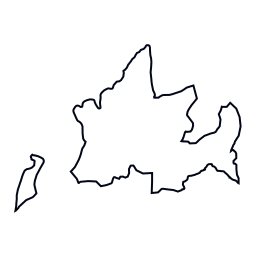 Al Qafr, Ibb, Yemen (Natural Earth projection)
{"feature_id": "15242507B91699093168039", "entity_name": "Al Qafr", "entity_type": "district", "adm_level": 2, "iso_a3": "YEM", "parent_name": "Yemen", "parent_adm1": "Ibb", "projection": "natural_earth1", "projection_center": [44.079, 14.308], "detail": "fine", "context": "isolated", "style": "outline", "palette": "ink", "viewbox_px": 256, "rotation_deg": 0, "n_neighbors": 0, "source": "geoboundaries", "source_scale": "gbopen_adm2", "svg_char_len": 5726}
<svg xmlns="http://www.w3.org/2000/svg" viewBox="0 0 256 256"><path d="M193.4,85.5L189.8,86.6L186.7,87.6L183.8,89.6L181.3,91.2L178.9,92.0L172.3,94.2L169.5,94.9L164.1,95.0L162.4,95.2L159.7,96.7L158.4,97.7L155.1,97.7L154.2,97.6L154.1,96.8L154.8,95.8L154.9,94.8L154.7,94.2L154.6,93.5L153.1,90.3L151.8,83.9L151.4,80.1L151.4,79.6L150.6,72.3L151.1,67.2L151.4,62.2L151.1,58.3L150.8,57.1L150.5,55.9L150.3,54.6L150.1,51.9L150.0,49.7L149.9,47.3L149.4,45.8L149.0,45.5L148.1,45.2L146.8,45.2L145.9,46.0L145.3,47.2L144.1,48.5L143.6,49.0L141.7,49.6L141.0,49.8L139.1,52.1L136.9,53.0L136.1,54.3L135.4,55.4L135.1,56.1L134.7,56.9L134.1,57.6L133.0,58.5L132.3,59.1L131.1,61.0L128.9,63.9L128.3,64.5L127.7,65.8L127.3,66.8L126.6,68.0L125.0,69.8L123.8,70.6L123.4,70.9L123.8,73.1L123.4,75.8L123.3,76.7L121.1,80.1L119.3,81.3L116.6,81.7L116.4,82.0L115.3,83.3L113.8,84.9L112.8,88.0L112.3,88.6L111.3,88.8L110.0,88.7L108.8,88.4L108.4,88.4L107.3,88.7L105.5,89.6L104.0,90.5L102.6,91.8L102.0,92.4L101.4,93.2L100.9,93.8L100.6,94.7L100.5,95.8L100.6,96.7L100.6,98.1L100.0,102.4L100.2,105.0L100.5,107.4L100.4,107.9L100.1,108.2L99.6,108.4L99.4,108.5L98.7,108.4L98.3,108.2L97.8,107.7L95.7,104.3L94.8,102.2L94.4,100.7L94.1,100.1L93.2,99.7L92.2,99.5L90.1,99.4L89.9,99.4L89.5,99.5L87.3,100.1L87.0,100.2L85.1,101.0L84.2,101.5L83.4,102.3L83.0,102.8L82.8,103.3L82.6,103.9L82.3,106.4L82.0,106.8L81.5,106.9L80.8,107.0L80.3,106.8L79.6,106.3L78.9,105.9L78.2,105.7L77.0,105.6L76.3,105.9L75.7,106.3L75.3,106.8L73.8,109.0L73.4,110.1L73.4,110.8L73.5,111.8L74.2,113.5L76.2,118.0L77.3,120.3L77.9,121.0L78.9,121.5L79.8,122.1L80.7,122.9L81.2,123.5L81.9,124.8L82.3,125.9L82.5,126.9L82.6,133.5L83.2,138.7L84.2,140.4L85.6,141.8L84.3,145.5L82.2,148.8L80.7,154.6L79.6,157.7L78.8,159.7L77.1,163.0L74.8,167.2L70.8,171.6L72.5,173.6L73.5,174.8L76.8,178.8L77.4,180.2L78.2,182.4L78.5,182.9L78.8,183.0L79.0,182.9L79.3,182.5L80.4,181.8L88.2,181.1L92.7,181.3L96.2,181.5L100.9,186.2L106.4,185.1L111.1,183.4L111.9,182.7L112.5,180.5L112.8,179.6L113.0,178.9L113.8,177.3L114.9,177.2L116.3,177.9L119.2,178.8L120.4,176.7L122.9,176.6L125.3,177.6L127.7,176.6L129.1,173.2L129.0,169.0L130.6,165.7L133.3,165.5L133.8,166.0L135.8,169.3L136.4,170.3L137.7,170.9L143.0,173.5L152.1,173.0L152.1,173.8L152.1,181.5L151.7,193.0L158.0,192.4L161.7,188.9L163.3,188.8L167.6,189.4L173.2,190.0L177.3,191.3L177.6,191.5L178.0,191.5L181.2,190.3L181.7,190.1L182.0,189.5L182.3,189.3L182.8,189.2L183.4,189.2L183.9,189.1L184.1,188.7L184.4,188.4L184.3,187.9L184.2,187.3L183.9,186.8L183.7,186.2L183.4,185.7L183.1,185.1L182.9,184.6L182.9,184.0L183.0,183.4L183.3,181.8L184.8,181.5L185.0,181.3L185.5,180.9L186.0,180.6L186.5,180.3L186.9,179.9L187.2,179.5L187.5,179.0L187.6,178.4L187.8,177.8L187.8,177.2L188.0,176.6L188.4,176.2L188.9,176.0L189.4,175.9L190.0,175.8L190.5,175.8L191.0,175.8L191.5,175.7L192.2,175.5L192.7,175.4L193.2,175.2L193.8,175.1L194.3,175.0L194.9,174.8L195.4,174.5L195.9,174.3L196.4,174.1L196.9,174.0L197.3,173.8L197.8,173.6L198.4,173.4L198.9,173.1L199.4,172.9L199.5,172.9L201.0,171.1L201.4,170.8L202.1,170.7L203.0,170.5L203.4,170.1L203.8,169.7L204.4,169.4L204.5,169.6L204.7,169.8L204.9,169.7L205.0,169.6L204.8,169.0L205.0,168.2L205.3,167.9L205.7,167.5L206.1,167.1L206.5,166.6L206.8,166.1L207.1,165.6L207.4,165.1L207.8,164.7L208.4,164.4L208.9,164.2L209.4,164.1L209.9,164.1L210.5,164.1L211.0,164.1L211.6,164.1L212.0,164.6L212.1,165.4L212.7,166.2L213.2,166.3L213.7,166.4L214.2,166.6L214.7,167.0L215.1,167.4L215.5,167.7L215.8,168.2L216.1,168.7L216.4,169.3L216.7,169.8L217.0,170.3L217.3,170.7L217.8,170.9L218.3,170.9L218.8,170.9L219.4,170.9L219.9,171.0L221.0,171.1L221.5,171.1L222.0,171.2L222.6,171.2L223.1,171.3L223.6,171.4L224.1,171.6L224.5,172.0L224.9,172.5L225.4,173.0L225.9,173.3L226.3,173.7L226.7,174.1L227.2,174.5L227.6,174.9L228.0,175.4L228.7,176.3L229.1,176.7L229.3,176.6L229.5,176.7L229.6,176.9L229.6,177.1L229.6,177.6L229.8,177.6L230.0,177.5L230.9,178.3L231.3,178.6L231.8,179.0L232.3,179.4L232.8,179.6L233.3,179.8L233.8,180.0L234.4,180.1L234.9,180.3L235.4,180.4L236.1,180.9L236.5,181.2L236.9,181.6L237.3,182.1L237.7,182.5L237.9,182.8L238.6,183.2L238.6,178.2L237.0,174.8L236.4,169.3L236.4,164.9L235.2,163.7L234.1,163.7L233.5,162.9L233.5,161.0L236.3,158.1L236.3,157.8L236.2,153.5L235.2,151.7L234.3,151.2L233.9,150.6L233.5,150.2L233.0,150.0L232.4,150.0L231.7,150.4L231.1,150.9L231.3,149.9L232.9,146.3L233.4,145.0L234.4,143.6L234.9,141.6L238.7,135.7L240.6,126.3L239.6,117.0L236.3,108.6L230.2,102.8L226.7,106.9L222.5,106.9L221.8,106.7L220.9,110.2L218.8,114.2L219.8,117.1L220.5,119.5L219.7,126.3L217.9,128.6L217.7,128.6L215.8,131.7L214.4,132.6L211.0,133.4L207.8,134.6L204.5,135.8L199.4,139.7L197.4,141.7L195.8,143.1L194.7,143.2L189.8,143.4L189.1,142.4L188.7,142.4L188.0,141.6L181.8,141.3L181.4,141.2L182.6,139.4L183.6,136.9L185.0,132.3L185.8,131.5L186.7,131.9L190.5,131.5L191.6,130.1L191.8,129.9L192.6,127.7L193.1,125.5L192.9,123.0L188.6,117.2L187.6,116.0L187.1,115.3L187.1,113.9L187.7,111.4L189.0,109.0L191.6,105.1L196.9,98.6L193.4,85.5ZM36.4,193.4L34.6,185.9L34.4,184.4L34.6,182.6L35.0,180.3L35.8,177.8L36.6,175.1L40.5,167.8L43.5,162.6L43.6,162.0L43.8,161.3L43.8,160.8L43.6,160.0L43.1,159.0L42.6,158.5L41.8,158.1L40.9,157.5L40.0,157.1L39.2,156.8L38.5,156.4L37.9,156.2L36.8,155.9L36.3,155.7L36.2,155.7L34.8,155.4L34.8,155.5L33.8,155.3L33.0,155.2L32.3,154.7L31.9,155.1L30.8,156.4L31.0,157.5L31.6,158.7L31.5,159.4L33.8,160.4L34.2,160.5L34.5,160.8L34.7,161.1L34.5,161.8L34.2,165.4L31.9,167.6L31.0,168.0L29.3,168.7L27.6,169.0L26.9,169.1L24.7,170.6L23.2,173.7L22.2,176.4L20.6,181.6L20.2,182.6L19.7,184.2L17.9,189.5L16.8,194.9L16.7,196.2L16.8,198.6L16.3,203.9L16.2,206.3L15.4,210.8L15.9,210.5L18.4,207.9L19.0,206.7L26.2,200.1L32.3,197.4L33.0,197.0L35.3,194.6L36.4,193.4Z" fill="none" stroke="#020617" stroke-width="2"/></svg>